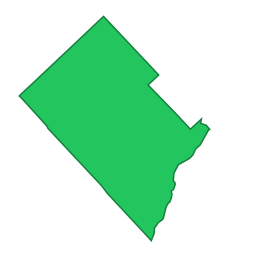 the district of Skamania, Washington, United States of America, rotated 317°
{"feature_id": "52423323B13974884585376", "entity_name": "Skamania", "entity_type": "district", "adm_level": 2, "iso_a3": "USA", "parent_name": "United States of America", "parent_adm1": "Washington", "projection": "albers", "projection_center": [-121.935, 45.968], "detail": "fine", "context": "isolated", "style": "filled", "palette": "green", "viewbox_px": 256, "rotation_deg": 317, "n_neighbors": 0, "source": "geoboundaries", "source_scale": "gbopen_adm2", "svg_char_len": 722}
<svg xmlns="http://www.w3.org/2000/svg" viewBox="0 0 256 256"><g transform="rotate(317 128 128)"><path d="M186.6,110.2L186.2,29.7L90.7,30.3L71.0,30.3L70.3,30.5L70.5,32.6L70.0,71.1L69.2,73.7L69.2,108.0L69.3,151.8L68.3,162.9L68.3,210.7L68.2,226.3L76.0,222.5L78.9,219.3L86.0,217.8L87.8,218.1L88.4,218.2L90.6,218.5L92.4,218.0L101.8,211.9L105.3,210.6L108.4,210.5L111.8,208.8L112.3,208.4L115.0,206.5L116.3,204.0L116.9,203.7L119.6,203.9L121.8,202.7L124.0,201.5L125.2,199.7L125.1,197.6L130.7,192.4L139.9,189.2L152.3,192.2L156.8,192.0L163.2,189.5L169.3,189.6L185.3,184.4L186.8,184.8L187.1,179.4L184.3,174.2L187.8,171.5L172.8,171.4L172.8,150.9L172.0,110.2L186.6,110.2Z" fill="#22c55e" stroke="#15803d" stroke-width="1.5"/></g></svg>